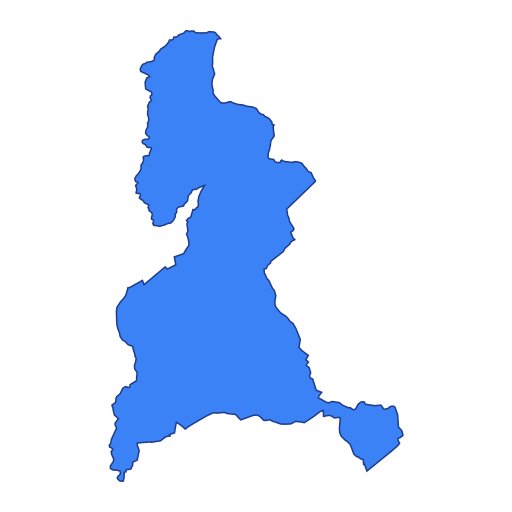 the district of Tepemaxalco, Puebla, Mexico
{"feature_id": "50627088B24654938868553", "entity_name": "Tepemaxalco", "entity_type": "district", "adm_level": 2, "iso_a3": "MEX", "parent_name": "Mexico", "parent_adm1": "Puebla", "projection": "mercator", "projection_center": [-98.635, 18.743], "detail": "fine", "context": "isolated", "style": "filled", "palette": "blue", "viewbox_px": 512, "rotation_deg": 0, "n_neighbors": 0, "source": "geoboundaries", "source_scale": "gbopen_adm2", "svg_char_len": 6059}
<svg xmlns="http://www.w3.org/2000/svg" viewBox="0 0 512 512"><path d="M112.0,405.0L112.2,406.6L112.8,406.9L113.3,410.7L114.5,415.1L118.4,418.6L115.1,423.1L115.2,425.4L116.2,427.0L116.4,428.4L111.4,439.4L110.9,442.3L110.3,444.0L109.2,445.5L109.8,447.3L111.6,447.8L112.8,449.5L111.2,451.6L111.6,454.2L113.7,459.1L113.4,461.3L110.4,466.0L110.4,468.6L113.5,470.1L116.6,470.1L120.1,471.1L120.4,473.9L117.5,477.0L117.3,478.5L119.5,480.8L122.3,481.3L123.4,480.9L124.0,478.2L124.3,472.3L126.0,471.8L126.3,469.6L130.0,469.3L131.2,468.7L131.6,467.1L132.7,465.2L132.7,462.2L137.2,460.1L139.2,450.7L137.2,444.9L137.4,443.0L150.1,441.9L151.2,442.3L160.5,440.8L166.0,436.6L170.1,436.0L169.5,434.5L174.5,432.9L176.1,423.3L176.5,422.4L180.8,425.1L185.3,429.1L187.6,427.1L193.8,423.3L206.8,415.8L213.3,412.8L217.3,413.1L224.6,412.4L226.6,413.4L233.6,414.3L235.4,414.3L240.7,419.9L253.2,415.4L256.6,415.0L259.5,416.1L263.7,420.3L265.3,420.5L269.8,419.8L272.3,421.1L281.2,424.1L286.7,424.1L290.9,423.9L295.6,421.4L301.2,422.0L304.3,422.7L313.7,416.5L320.0,411.7L323.3,410.4L323.5,416.4L328.4,415.4L331.2,415.8L334.3,417.9L338.7,417.4L340.2,418.1L339.4,429.1L339.8,433.1L341.3,436.2L345.1,440.1L348.0,442.1L350.3,444.6L353.9,454.2L357.0,456.9L358.4,456.8L359.4,458.0L360.8,458.9L362.8,459.4L363.2,459.8L363.6,464.2L364.1,463.7L364.8,465.0L366.9,471.1L391.3,451.3L397.2,446.2L399.6,443.4L397.9,440.0L398.0,438.7L398.4,438.1L399.5,438.0L402.8,435.7L402.7,433.8L401.6,430.4L398.5,427.1L397.6,414.8L395.1,407.4L393.9,406.3L391.9,406.1L389.4,407.1L388.2,408.5L387.2,408.5L384.5,409.4L383.6,408.8L380.9,405.1L374.8,405.7L365.1,404.2L364.5,402.1L362.9,401.7L360.8,402.1L358.3,404.0L355.5,409.1L353.3,409.8L350.3,407.7L348.0,407.6L342.5,405.2L339.4,402.6L332.4,401.5L330.8,401.8L329.2,402.9L326.2,402.2L320.5,398.9L318.3,398.1L318.9,396.0L321.7,392.3L316.2,390.2L312.7,379.0L310.0,377.8L309.6,375.5L310.7,372.8L309.1,367.5L306.5,365.7L306.6,364.2L308.5,362.1L305.8,359.8L308.3,355.4L302.1,350.8L299.0,347.4L300.3,339.4L295.9,328.5L293.0,323.5L289.8,321.1L288.2,318.7L285.6,316.0L281.5,313.5L280.0,312.2L275.9,307.2L275.2,305.1L274.8,302.1L275.8,295.6L274.3,290.4L272.6,288.5L268.8,280.4L266.9,278.5L265.9,276.5L265.5,274.8L264.4,273.5L264.0,269.0L266.2,268.6L267.6,265.4L270.5,263.1L270.8,261.3L283.4,251.5L284.9,248.4L289.9,244.0L290.6,242.2L292.9,240.5L294.8,239.7L293.0,237.8L290.7,232.2L293.4,230.4L293.9,228.4L289.9,222.1L289.3,220.4L288.8,217.7L287.5,215.0L287.3,212.0L286.5,209.3L315.5,181.3L315.0,180.0L313.8,178.6L311.1,172.6L308.2,171.6L306.4,168.7L303.4,165.5L302.0,163.4L300.1,162.5L296.0,161.7L293.7,161.8L292.5,162.5L283.9,161.4L281.8,160.0L280.8,160.8L280.0,162.6L276.8,162.4L274.9,161.7L274.4,160.4L273.5,159.4L269.1,158.8L268.1,157.4L268.1,154.5L268.6,152.1L269.3,150.4L270.5,144.5L270.7,141.6L271.7,139.5L274.0,136.3L274.2,134.2L273.6,132.5L273.2,126.1L274.1,125.1L272.1,124.2L271.8,121.9L269.2,118.7L267.9,117.7L265.0,116.5L263.3,114.6L260.6,113.9L258.2,111.6L256.9,109.3L256.0,108.4L252.3,106.9L246.7,106.2L242.6,104.9L237.8,104.4L232.8,102.8L231.2,101.8L229.3,101.7L229.3,101.9L224.5,103.1L220.9,102.8L218.0,99.7L214.1,95.1L212.9,92.3L213.2,90.3L212.4,87.3L211.9,83.4L212.4,79.5L214.6,74.2L214.6,73.3L214.1,72.6L213.3,68.7L212.3,66.6L212.7,62.7L212.5,57.4L214.5,47.3L217.1,39.7L218.3,38.8L220.6,38.7L218.6,36.2L216.9,34.8L215.8,33.1L214.0,32.0L208.9,31.7L206.4,32.9L196.5,32.9L195.0,32.4L194.0,31.1L191.5,30.9L189.0,31.6L187.7,30.7L185.7,30.9L183.7,33.2L178.9,34.8L177.4,36.6L176.0,37.0L173.8,37.1L173.2,39.1L172.5,39.9L169.5,40.0L168.6,42.1L167.0,44.3L165.3,46.0L160.7,49.1L159.3,51.1L155.7,54.3L154.3,57.4L154.4,59.6L153.3,60.7L151.1,61.6L146.8,62.3L145.7,63.3L143.0,64.2L141.5,65.8L141.6,66.8L140.5,68.0L140.2,69.2L140.7,71.4L146.5,74.1L148.0,74.9L149.8,76.7L149.0,77.4L147.1,77.6L146.8,77.9L145.1,82.2L145.6,88.6L146.1,89.2L151.2,91.9L151.6,92.6L151.8,93.8L151.8,94.8L150.3,96.1L150.1,97.8L150.9,99.5L151.6,100.0L150.8,101.4L149.5,101.9L147.6,106.2L148.2,109.2L147.6,111.9L147.6,114.5L148.7,118.2L148.7,120.7L147.6,123.1L147.7,127.0L146.3,129.5L145.5,132.7L146.0,133.9L147.4,135.6L148.6,136.4L149.4,137.6L148.4,138.9L147.4,139.3L144.8,139.3L142.8,140.1L142.2,141.1L142.3,142.5L143.1,143.6L145.2,144.4L147.2,147.3L151.1,147.7L151.5,148.5L149.5,153.0L149.2,155.4L148.4,155.7L145.9,155.7L144.0,156.3L143.2,157.2L143.6,160.4L142.6,163.2L141.6,164.0L141.0,165.6L141.0,168.6L140.3,170.5L138.7,173.2L136.4,175.7L134.9,178.4L134.9,179.9L135.7,181.6L137.3,182.1L137.8,182.4L137.9,183.1L135.9,185.0L135.7,185.9L136.5,188.0L136.7,190.4L136.3,191.4L136.1,193.2L137.4,193.5L139.5,193.4L140.4,194.5L140.4,195.4L139.4,197.4L139.5,198.3L143.7,201.1L144.0,202.3L144.5,202.8L148.3,204.7L148.7,205.3L148.7,205.9L148.0,207.5L148.9,208.9L149.0,210.6L150.9,211.9L152.1,213.4L152.2,215.1L151.6,217.0L151.5,218.8L151.8,219.3L153.3,219.8L153.6,220.3L152.8,223.9L153.5,224.4L153.9,225.5L155.0,225.4L159.7,226.3L164.3,225.0L168.4,223.3L169.7,223.3L171.4,222.6L173.7,219.9L175.3,216.8L175.4,215.4L175.1,214.3L175.5,213.5L176.2,213.1L176.7,212.2L176.5,209.8L177.3,208.1L178.5,207.1L183.6,206.0L184.0,204.5L187.5,200.9L188.3,196.1L189.0,194.8L191.2,192.8L192.3,190.1L193.5,189.5L196.1,189.4L198.6,187.8L204.5,185.4L201.4,190.7L199.0,196.0L198.0,200.9L198.4,205.2L198.0,206.7L195.9,208.3L194.5,209.9L193.0,209.5L190.8,217.0L188.0,218.5L186.5,220.6L187.8,221.9L186.9,223.9L187.9,231.4L186.5,234.0L187.8,237.4L188.9,242.2L188.8,245.6L186.1,249.3L183.6,253.7L174.3,256.9L175.8,264.8L167.4,269.0L165.2,266.9L144.1,284.6L142.4,280.4L129.5,287.6L128.0,287.6L125.9,295.1L123.7,298.3L120.6,301.7L117.0,307.3L116.4,311.1L116.7,321.6L117.0,325.2L117.8,328.6L119.5,333.0L120.1,336.4L122.5,340.0L125.4,341.7L128.0,344.6L132.3,346.2L133.1,347.9L133.1,349.0L134.8,354.0L135.0,356.4L136.2,358.4L135.5,362.3L134.4,365.5L134.7,369.0L136.8,371.9L137.1,374.0L136.7,376.3L136.5,380.7L130.6,384.3L130.1,384.8L129.8,386.9L129.5,387.4L127.8,387.4L126.7,386.8L125.5,386.6L122.7,388.3L120.1,393.8L116.8,396.6L116.1,398.0L115.7,401.9L114.9,403.0L112.0,405.0Z" fill="#3b82f6" stroke="#1e3a8a" stroke-width="1.5"/></svg>